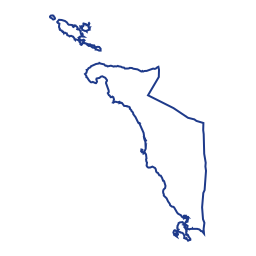 Occidental Mindoro, Mindoro Occidental, Philippines (orthographic projection)
{"feature_id": "2640588B90196487973168", "entity_name": "Occidental Mindoro", "entity_type": "district", "adm_level": 2, "iso_a3": "PHL", "parent_name": "Philippines", "parent_adm1": "Mindoro Occidental", "projection": "orthographic", "projection_center": [120.638, 13.026], "detail": "fine", "context": "isolated", "style": "outline", "palette": "blue", "viewbox_px": 256, "rotation_deg": 0, "n_neighbors": 0, "source": "geoboundaries", "source_scale": "gbopen_adm2", "svg_char_len": 5666}
<svg xmlns="http://www.w3.org/2000/svg" viewBox="0 0 256 256"><path d="M158.4,66.8L157.3,67.3L155.9,68.5L154.8,68.9L153.1,68.6L146.7,70.9L144.4,71.0L143.2,71.5L142.0,71.4L142.0,71.2L141.3,71.5L137.6,69.4L133.3,68.7L131.9,68.0L129.7,67.9L128.9,68.4L127.7,68.5L124.8,68.5L124.0,67.6L122.2,67.4L121.0,66.7L118.6,66.3L117.8,65.9L116.7,66.4L114.4,66.3L113.8,66.6L110.9,65.7L107.5,66.4L106.7,65.7L105.9,65.8L105.1,65.5L104.2,64.4L100.6,63.6L99.3,62.9L98.9,63.5L96.0,64.0L90.9,66.3L90.4,67.3L88.6,68.1L87.5,69.8L86.7,69.9L86.9,70.9L86.4,72.8L85.0,74.0L86.3,75.8L86.4,77.2L87.1,77.4L89.1,80.5L90.8,82.2L91.9,82.3L92.8,81.9L95.4,83.1L96.1,83.1L97.0,81.7L96.3,79.3L96.6,78.5L99.5,77.9L100.8,76.7L102.3,76.3L105.3,77.8L107.0,80.2L106.8,81.2L106.2,81.9L106.0,83.1L108.6,90.3L108.8,92.0L107.8,93.1L108.9,95.2L109.6,95.5L110.7,97.2L111.7,97.1L112.3,96.6L113.3,97.2L114.0,99.4L113.4,101.4L113.5,102.2L113.1,102.6L113.4,102.7L114.1,102.1L115.6,101.7L117.8,102.3L119.2,101.9L119.3,103.1L120.2,102.8L121.2,103.0L121.2,102.7L122.0,103.0L124.1,105.9L127.0,106.1L127.2,106.5L128.8,106.7L129.6,107.2L130.0,108.2L129.8,108.7L131.3,110.2L131.6,111.2L132.5,111.9L133.2,113.2L133.3,114.2L135.5,117.1L138.3,122.8L138.6,123.1L139.3,122.9L139.7,123.2L139.4,123.4L143.6,132.9L144.4,138.7L144.9,138.7L144.7,139.5L144.5,139.3L144.6,139.7L145.1,139.6L146.0,140.4L145.8,140.7L145.4,140.1L144.7,139.9L145.4,141.8L145.5,144.3L145.6,144.1L145.9,144.2L145.6,144.7L145.9,145.3L145.7,148.7L144.5,151.5L143.7,152.2L144.0,152.1L143.0,152.2L143.6,152.9L143.6,153.5L144.2,153.2L144.4,152.6L144.9,152.7L146.0,154.4L146.5,158.5L146.1,159.1L146.1,159.7L146.4,161.6L147.0,162.5L146.6,165.7L147.6,167.2L148.5,167.6L150.3,167.5L152.4,166.6L155.0,168.0L155.7,169.1L156.2,171.6L156.8,172.4L158.0,173.0L159.3,175.3L160.8,175.7L162.1,178.0L163.0,180.6L163.4,180.5L164.1,181.2L165.5,185.9L165.1,188.1L163.6,189.5L163.1,191.1L163.2,192.9L163.8,194.2L163.8,195.6L166.6,198.3L168.1,201.5L169.7,203.7L170.2,205.3L171.9,206.6L173.3,206.8L174.1,207.4L177.1,212.6L178.2,213.8L181.0,215.3L181.7,216.6L183.9,218.2L184.7,218.2L183.5,217.2L183.7,216.9L184.0,217.2L184.3,216.9L183.9,215.8L184.2,215.6L184.5,215.7L184.7,216.3L184.9,216.2L184.8,216.6L185.4,216.4L185.0,217.4L185.4,217.1L186.6,218.7L186.6,218.3L187.3,217.8L187.3,217.3L187.7,217.3L187.5,216.9L187.9,217.0L187.6,216.7L188.1,216.9L188.3,217.8L188.1,219.2L186.9,220.5L187.2,221.1L187.6,221.0L187.5,221.7L186.8,221.9L187.3,221.4L186.9,220.9L186.5,220.9L184.9,223.3L185.4,225.1L185.2,225.6L185.6,225.7L186.3,224.9L187.6,225.9L187.2,227.7L187.5,228.7L187.0,229.1L188.0,228.9L189.4,229.4L190.0,229.0L192.2,228.8L192.4,228.5L192.6,228.9L197.3,228.9L199.5,229.5L201.0,231.1L202.1,231.2L204.0,233.6L203.6,229.1L204.4,222.8L203.0,219.2L202.1,207.3L203.3,193.0L204.6,190.1L206.0,170.8L205.4,166.5L205.7,162.8L204.2,153.8L203.7,134.2L203.2,130.1L203.4,123.0L196.4,120.9L194.4,119.4L188.0,117.8L173.5,108.1L148.0,95.3L158.8,77.0L159.0,69.8L158.4,66.8ZM59.0,19.8L57.2,22.0L57.7,22.8L59.4,23.6L59.0,26.8L59.2,27.8L59.8,28.5L59.7,29.5L60.2,30.1L61.6,30.5L61.8,31.0L62.9,31.5L62.8,32.1L63.5,32.3L63.9,33.2L64.2,32.7L65.1,32.7L65.8,33.2L66.8,33.4L67.3,35.2L68.7,35.6L69.5,36.4L71.0,35.8L73.2,36.7L73.2,37.0L74.3,38.2L74.6,39.4L75.1,39.3L75.4,39.9L75.6,39.5L76.9,39.6L79.4,40.8L79.7,41.3L79.4,41.6L79.7,42.3L80.1,42.4L80.7,43.9L80.5,44.3L81.1,44.8L81.5,44.9L82.0,44.3L82.6,42.8L84.1,43.3L84.6,43.0L83.7,41.8L83.6,40.9L84.4,40.3L83.7,39.7L82.7,40.0L82.2,40.5L81.6,40.5L79.0,38.6L79.0,37.7L79.3,37.5L79.0,37.4L80.0,36.6L81.2,36.4L83.7,36.6L82.3,35.6L82.3,34.9L82.7,34.3L82.5,33.9L81.9,34.7L81.2,34.4L80.6,32.6L80.7,31.1L79.8,30.5L79.5,29.2L78.0,29.5L77.2,29.2L77.7,28.0L77.1,26.9L75.8,26.0L75.6,25.5L74.1,25.3L73.8,25.7L74.0,26.6L73.4,27.0L72.8,26.5L72.9,25.9L72.1,25.0L68.7,24.7L68.1,24.2L66.9,22.4L65.0,21.0L61.7,20.0L59.0,19.8ZM182.6,222.1L179.9,222.4L178.6,223.1L178.4,224.2L177.4,226.1L177.6,227.1L177.3,227.5L177.4,228.9L178.5,229.5L177.8,230.3L178.0,231.5L180.0,232.0L180.3,232.5L181.9,232.7L182.7,233.2L183.4,233.8L184.4,236.0L184.2,238.1L184.8,238.3L185.1,238.1L185.8,238.7L186.5,238.2L186.7,239.1L187.9,240.1L188.0,240.6L188.5,240.6L189.1,240.1L190.3,239.9L190.4,239.1L188.7,236.7L187.8,234.8L187.4,234.6L187.3,234.8L187.2,234.9L186.8,234.3L186.4,234.7L186.0,234.5L186.4,233.3L186.1,232.0L186.6,231.5L186.1,230.0L186.4,229.9L185.3,228.4L185.2,227.6L184.4,227.1L184.6,226.5L184.1,224.7L183.7,224.6L184.0,224.4L182.6,222.1ZM85.9,24.1L83.5,23.5L83.3,24.0L83.8,24.9L83.2,26.3L82.3,26.5L81.9,26.2L81.5,26.7L80.3,26.4L80.4,27.3L80.7,27.6L81.3,27.2L82.0,27.4L82.0,28.9L82.4,29.8L84.8,30.9L85.8,30.9L86.7,31.6L86.7,31.0L87.1,30.5L89.5,29.7L89.0,29.1L89.6,28.5L89.2,28.0L89.8,27.3L88.6,27.2L88.3,26.3L88.6,25.6L88.1,25.7L87.7,25.5L87.8,24.9L86.3,25.2L85.9,24.1ZM85.8,43.4L85.8,43.6L86.8,44.2L87.3,44.9L88.9,46.0L90.3,45.8L92.6,47.6L93.6,47.6L95.4,48.5L95.8,48.8L95.7,49.5L96.1,49.5L97.5,49.8L99.1,50.6L100.6,50.6L100.6,48.7L99.2,47.0L97.8,46.8L95.6,47.2L94.8,46.6L94.3,45.5L93.8,45.6L92.8,45.2L92.2,45.5L90.9,44.9L90.2,44.3L88.5,44.3L85.8,43.4ZM52.6,15.4L50.8,15.6L50.0,16.5L50.0,17.0L50.4,17.6L51.9,18.3L52.9,19.4L53.7,19.5L54.9,18.8L55.0,18.3L54.5,17.2L53.6,16.4L53.5,15.7L52.6,15.4ZM174.9,230.2L174.1,230.6L173.4,232.4L174.1,234.5L174.8,233.9L175.7,233.8L175.8,234.5L174.5,234.7L174.8,235.2L175.4,235.1L175.9,236.0L176.8,236.6L176.4,235.7L175.7,235.2L176.3,234.0L176.9,234.7L177.6,234.9L178.0,234.6L178.0,234.1L177.3,233.1L176.7,233.2L176.0,230.9L174.9,230.2ZM141.4,149.5L141.3,150.2L142.3,149.8L142.2,149.7L141.4,149.5ZM142.0,151.5L141.6,151.8L142.2,152.4L142.6,152.3L142.0,151.5ZM89.0,23.0L88.8,23.2L88.8,24.1L89.3,23.4L89.0,23.0Z" fill="none" stroke="#1e3a8a" stroke-width="2"/></svg>